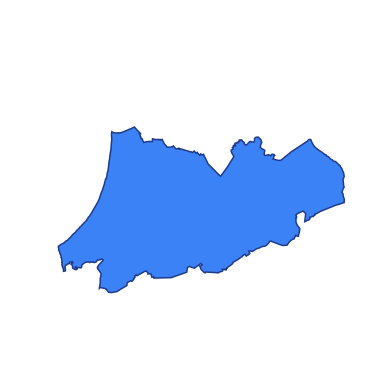 the district of Kombo North, Banjul, Gambia, rotated 339°
{"feature_id": "56634734B65078205245432", "entity_name": "Kombo North", "entity_type": "district", "adm_level": 2, "iso_a3": "GMB", "parent_name": "Gambia", "parent_adm1": "Banjul", "projection": "orthographic", "projection_center": [-16.683, 13.381], "detail": "fine", "context": "isolated", "style": "filled", "palette": "blue", "viewbox_px": 384, "rotation_deg": 339, "n_neighbors": 0, "source": "geoboundaries", "source_scale": "gbopen_adm2", "svg_char_len": 6031}
<svg xmlns="http://www.w3.org/2000/svg" viewBox="0 0 384 384"><g transform="rotate(339 192 192)"><path d="M323.4,256.1L330.3,256.4L331.0,254.6L331.3,254.2L331.7,252.4L331.6,251.0L332.3,247.6L331.8,246.0L332.7,245.1L334.7,242.6L335.7,242.2L336.1,239.3L336.6,238.2L336.6,237.3L337.2,235.8L337.3,234.6L338.7,233.2L339.6,232.1L340.4,228.6L340.2,225.3L340.3,223.8L339.8,222.6L339.7,220.4L338.6,218.7L337.3,215.7L336.7,214.8L335.7,214.3L334.9,213.4L334.4,212.2L333.1,210.7L331.9,207.7L330.8,206.9L330.4,205.4L329.6,204.8L326.8,200.3L325.1,198.0L323.6,195.6L322.8,193.8L322.1,191.6L321.7,188.2L321.7,185.8L321.6,185.6L320.9,185.1L320.3,185.0L319.5,185.0L318.9,185.3L318.1,185.8L317.7,185.9L298.9,190.1L286.7,194.1L285.6,194.1L285.5,193.9L284.2,193.6L279.4,190.2L280.2,189.7L281.8,187.3L282.3,187.4L282.1,186.5L280.6,185.5L280.0,185.5L279.1,186.1L278.3,186.3L278.0,185.6L277.1,184.9L276.2,184.5L274.7,184.4L273.2,184.1L272.8,183.1L273.5,181.4L274.8,179.3L274.2,178.1L273.0,177.1L271.8,175.1L272.8,172.8L274.8,170.8L275.1,168.0L273.6,164.5L271.2,163.8L269.6,164.4L268.5,167.0L267.3,167.4L265.3,166.4L264.7,165.7L263.7,165.7L262.3,166.3L261.1,167.1L259.6,167.5L258.7,167.1L258.3,166.5L258.4,164.2L257.4,162.9L257.3,161.8L257.0,161.2L256.3,160.9L256.3,161.3L256.1,161.5L255.8,161.4L255.1,160.5L254.8,160.4L254.6,160.5L254.4,160.8L254.3,161.5L253.6,161.7L253.2,162.0L252.8,162.6L252.5,162.4L252.5,162.0L252.3,161.8L251.8,161.9L251.6,162.2L251.0,162.2L250.4,162.2L250.0,161.8L249.6,162.0L249.4,162.7L248.9,162.7L249.0,163.9L249.2,164.1L249.2,164.3L248.5,164.5L247.6,163.6L247.3,163.9L246.8,163.9L246.5,164.7L246.4,165.2L245.7,165.3L246.1,165.8L245.7,166.7L243.4,167.0L243.1,169.4L243.8,173.9L234.9,180.7L224.4,187.6L223.9,186.8L221.7,182.1L221.4,181.2L217.2,171.8L216.6,166.0L216.3,160.9L214.7,161.1L214.4,160.4L213.8,159.6L212.5,160.5L211.0,156.8L210.1,157.2L209.6,157.3L208.8,154.6L206.4,155.3L205.6,154.1L204.7,154.0L204.7,153.7L204.2,153.5L203.7,152.9L196.3,147.3L196.2,147.7L195.1,147.4L195.3,146.4L194.5,146.3L193.1,146.3L192.7,146.1L192.7,145.9L191.9,144.7L191.1,142.3L189.8,142.6L188.1,142.5L185.5,141.4L184.8,141.2L184.6,140.0L183.4,137.2L183.4,136.2L183.1,133.8L183.1,132.3L181.5,132.3L181.6,131.8L179.9,131.4L179.9,131.0L177.8,130.3L176.8,130.3L176.5,129.7L174.2,128.2L173.0,130.8L171.2,129.8L169.1,129.2L167.5,128.7L164.8,128.5L164.5,126.4L164.5,124.2L163.6,124.0L163.7,122.6L163.9,122.5L163.9,122.1L163.6,122.0L163.9,120.2L163.7,119.0L164.8,119.1L164.5,118.0L162.8,114.2L161.6,110.7L157.0,111.1L155.8,110.9L154.2,111.1L150.5,111.2L147.6,111.2L146.1,111.0L142.1,109.6L140.6,108.8L139.5,108.0L138.7,107.0L137.3,109.8L136.1,113.7L131.7,122.9L127.8,129.7L127.5,130.5L125.0,134.8L121.4,141.7L119.7,143.9L118.1,146.8L116.6,149.0L116.1,148.8L112.6,153.7L109.3,157.8L106.8,160.5L102.8,165.3L99.9,168.1L90.0,176.1L89.3,176.4L87.8,177.7L86.3,178.4L83.7,180.5L81.9,181.4L79.6,182.4L78.0,183.2L77.1,183.5L76.3,184.1L74.5,184.7L73.5,185.5L71.7,186.2L70.9,186.4L69.5,187.4L67.7,188.2L66.1,188.7L64.9,189.2L62.3,190.8L61.4,191.2L60.8,191.2L59.0,192.2L58.1,192.5L57.1,192.5L53.5,193.8L51.4,193.9L47.9,194.8L47.4,195.6L47.5,196.3L47.1,197.6L46.6,198.5L47.0,200.0L46.7,201.7L46.7,203.3L46.9,204.6L46.5,205.7L46.3,206.0L46.5,206.7L46.0,209.2L45.4,210.9L45.1,211.2L45.3,211.6L45.0,212.4L44.5,212.9L44.5,214.1L44.2,215.1L44.3,217.8L43.6,220.0L44.6,220.2L45.6,220.2L45.9,219.6L46.7,216.3L47.6,215.3L50.4,214.6L51.2,214.9L51.9,214.9L52.2,214.8L52.2,213.8L53.1,213.6L53.9,214.1L55.2,214.1L55.5,214.5L55.4,215.4L55.2,215.6L54.2,215.6L53.6,215.8L53.2,216.3L53.9,217.1L53.9,217.8L53.4,220.3L54.4,221.8L55.8,223.0L56.8,223.0L57.3,222.5L57.1,221.8L56.5,221.4L56.0,220.8L56.1,220.1L56.4,220.1L56.8,220.2L57.2,220.9L57.8,221.5L59.4,222.1L61.2,223.0L61.6,222.9L62.4,222.1L62.6,221.2L63.1,220.6L66.8,219.5L70.2,220.0L71.2,221.2L72.9,221.2L73.8,221.9L74.9,222.0L75.1,222.7L76.5,223.0L77.4,223.0L78.1,222.3L78.7,222.2L79.4,221.6L80.6,222.2L81.8,221.9L82.3,222.4L83.5,222.2L84.4,222.8L84.8,223.8L79.1,226.6L76.8,228.2L76.4,229.7L78.0,235.6L76.1,238.7L75.3,239.9L73.7,244.1L71.3,248.1L71.1,248.6L71.4,248.4L72.3,248.5L76.1,250.8L76.8,251.6L76.9,252.0L77.2,252.1L78.1,255.7L80.7,257.0L86.1,258.1L91.0,257.1L97.7,256.0L98.9,253.5L101.1,253.1L103.2,253.0L104.0,253.9L106.8,252.3L106.9,251.6L107.6,251.5L108.2,251.2L108.4,250.9L108.3,250.0L110.2,249.3L110.4,250.1L110.6,250.3L111.0,250.5L113.5,250.0L118.6,249.3L120.6,249.3L121.2,249.4L121.2,249.9L121.8,251.8L121.5,252.8L124.2,253.6L124.0,257.3L124.8,257.4L125.7,257.3L125.6,258.7L141.9,264.5L158.4,265.0L160.7,260.8L162.7,260.5L167.0,264.0L174.6,261.9L175.3,263.7L173.9,264.2L172.6,264.1L172.7,264.5L172.7,266.7L172.9,268.2L174.0,270.2L174.2,271.0L174.7,271.7L175.4,272.2L176.2,271.6L187.9,277.0L188.8,276.5L191.5,276.9L192.3,276.7L193.0,275.9L193.0,275.5L192.8,275.2L194.6,275.7L194.9,276.5L195.9,277.0L196.2,276.8L196.4,276.1L196.7,275.8L197.1,275.8L197.0,275.5L197.4,275.3L202.3,274.1L204.4,273.4L204.4,272.6L205.1,272.4L211.3,271.4L212.2,271.0L212.6,271.0L215.0,270.3L215.5,270.3L216.2,270.0L216.5,269.6L219.2,269.1L219.7,271.3L223.0,270.6L223.1,270.3L224.0,270.0L223.8,267.5L225.2,267.9L227.0,269.1L229.0,268.9L230.7,268.3L232.7,268.2L235.0,268.4L237.2,268.1L238.8,268.2L239.4,268.4L240.4,268.7L242.2,268.5L243.2,268.2L247.4,265.8L248.4,266.5L255.0,272.4L257.6,274.5L261.6,275.7L265.4,273.2L266.9,272.8L267.6,272.5L269.6,272.2L270.3,272.4L270.8,272.2L271.2,271.3L271.9,270.8L272.2,270.8L272.5,270.6L273.2,269.6L273.8,269.8L273.9,270.4L274.8,271.4L275.4,271.4L275.6,271.1L276.6,269.4L277.9,268.0L278.2,266.8L278.7,266.5L279.5,264.9L278.9,262.4L278.5,261.4L278.3,259.8L278.3,257.2L279.6,254.0L279.9,253.9L279.8,253.0L280.7,252.9L280.8,250.6L281.7,250.5L282.0,250.3L282.1,250.0L288.9,249.6L290.4,252.9L286.6,260.1L289.8,259.9L290.3,259.9L291.5,259.8L292.1,259.4L292.7,259.0L292.6,257.8L293.3,257.7L294.0,258.0L295.1,257.9L296.1,257.9L296.5,258.3L296.8,258.0L298.5,257.5L298.2,257.2L298.3,256.9L299.2,256.6L301.2,256.7L304.7,256.1L323.0,255.8L323.4,256.1Z" fill="#3b82f6" stroke="#1e3a8a" stroke-width="1.5"/></g></svg>